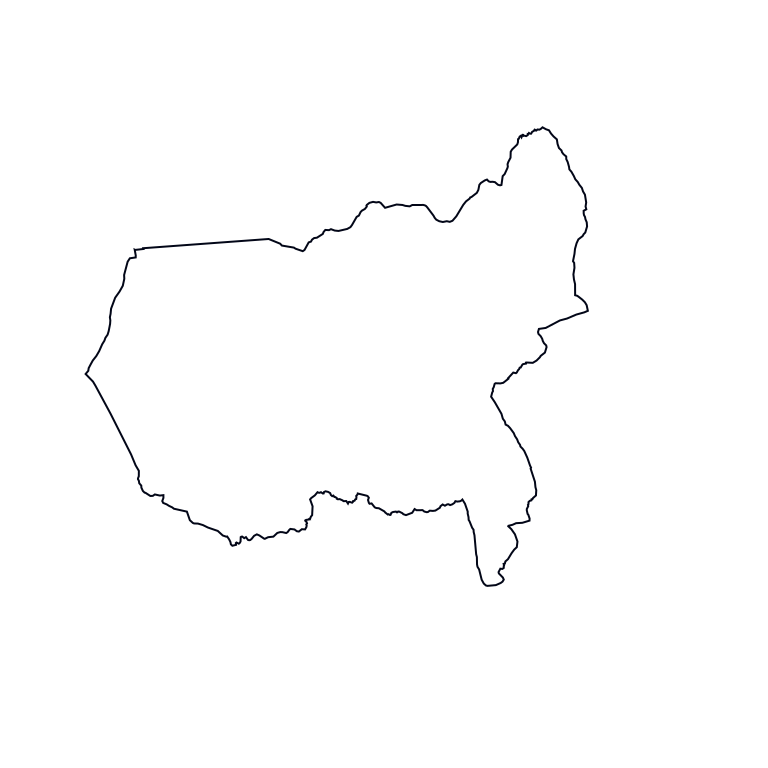 Njombe Urban, Njombe, United Republic of Tanzania, rotated 154°
{"feature_id": "72390352B92677179016540", "entity_name": "Njombe Urban", "entity_type": "district", "adm_level": 2, "iso_a3": "TZA", "parent_name": "United Republic of Tanzania", "parent_adm1": "Njombe", "projection": "equal_earth", "projection_center": [34.794, -9.468], "detail": "fine", "context": "isolated", "style": "outline", "palette": "ink", "viewbox_px": 768, "rotation_deg": 154, "n_neighbors": 0, "source": "geoboundaries", "source_scale": "gbopen_adm2", "svg_char_len": 6154}
<svg xmlns="http://www.w3.org/2000/svg" viewBox="0 0 768 768"><g transform="rotate(154 384 384)"><path d="M549.2,614.0L550.8,608.3L551.7,606.6L557.3,608.4L560.8,606.3L569.8,595.9L571.3,592.4L575.7,586.8L581.2,583.0L587.8,579.4L596.3,571.3L599.0,566.9L601.1,564.2L602.1,561.1L603.9,558.0L608.3,552.2L610.8,549.5L614.2,547.6L616.3,545.5L619.8,543.3L625.6,538.4L630.4,535.2L635.4,532.8L639.1,530.2L642.5,527.7L644.0,525.5L647.8,523.8L644.5,513.7L644.1,508.9L642.8,477.0L642.2,431.5L642.9,419.8L642.4,413.4L644.8,408.6L646.5,407.0L646.9,406.2L646.7,404.7L647.5,402.0L646.7,399.1L647.5,397.2L647.6,393.6L646.8,391.3L646.1,390.8L643.1,385.8L640.8,384.8L638.4,385.2L634.4,382.0L631.0,380.8L632.2,378.3L634.6,376.0L634.6,373.9L632.1,371.1L630.7,368.8L628.4,365.9L627.5,364.0L617.1,355.7L618.2,346.7L616.7,342.9L615.8,341.9L612.4,340.1L608.6,336.6L605.2,332.2L597.8,324.8L595.3,318.5L592.7,315.9L591.8,315.7L591.3,312.3L591.3,309.3L591.9,307.0L591.2,305.1L587.5,304.3L586.9,306.0L586.1,306.2L584.5,304.1L583.3,304.4L582.0,305.3L579.9,309.2L579.2,309.3L578.3,309.0L577.2,306.7L575.2,306.9L574.6,303.5L573.7,302.7L572.6,302.4L570.9,302.8L567.3,304.5L564.2,304.6L562.4,302.5L559.5,297.5L559.0,297.1L555.3,297.1L550.3,295.3L545.2,296.9L542.2,296.4L540.3,295.4L537.2,292.9L535.6,293.1L533.1,294.4L531.7,294.8L528.2,292.5L526.9,289.9L525.2,288.7L521.5,289.5L518.7,287.9L516.5,289.4L515.6,290.6L515.4,291.9L514.3,292.4L514.1,293.9L514.7,295.4L514.6,295.9L513.6,296.0L510.1,294.9L510.1,295.6L509.0,295.7L507.9,296.8L506.1,297.6L501.8,305.4L501.0,312.7L499.4,313.4L495.0,314.2L491.2,315.9L490.6,315.1L489.4,314.4L488.1,314.4L486.9,312.3L486.2,312.1L485.3,313.2L483.6,313.2L481.5,311.5L480.2,309.5L480.4,307.6L479.7,305.9L478.4,305.9L478.1,304.2L477.2,303.6L476.4,302.0L476.7,301.5L476.0,300.6L474.3,300.0L472.2,297.5L471.8,296.5L469.2,295.3L468.8,292.3L467.4,293.4L466.5,293.1L464.7,291.3L463.7,291.6L463.2,292.3L461.7,292.0L460.4,292.9L459.4,292.8L458.3,294.5L458.1,295.5L456.1,296.4L455.6,297.1L448.4,291.1L447.8,290.3L447.5,288.4L449.2,286.8L449.7,283.8L449.5,282.7L447.5,282.1L446.4,277.2L445.3,275.9L443.1,274.6L439.5,269.3L439.3,268.1L437.8,265.0L437.0,265.0L436.1,263.7L435.5,263.5L433.8,265.0L432.0,265.0L429.2,264.1L428.8,263.1L428.1,262.8L427.2,263.2L426.3,262.7L424.1,259.8L423.7,258.5L421.7,256.5L415.1,255.9L411.3,258.2L410.1,256.3L404.6,253.7L403.7,251.7L401.7,250.0L400.6,249.7L398.4,250.1L395.7,248.5L393.3,247.7L388.0,248.3L386.8,249.4L384.1,250.0L382.6,247.9L379.9,248.1L378.7,247.6L377.7,246.2L375.4,245.9L372.8,246.3L371.2,247.4L369.7,246.2L367.2,245.3L365.6,245.3L364.2,245.8L363.7,240.9L364.7,232.6L365.6,230.8L366.4,227.3L367.5,224.7L367.3,223.1L367.8,216.2L367.4,213.8L368.3,211.6L369.0,208.4L375.8,190.6L376.4,187.7L379.5,181.0L380.1,178.7L379.8,175.6L382.0,165.3L381.8,160.9L380.7,158.2L379.5,157.2L371.6,154.2L366.4,154.0L364.1,154.4L362.1,155.7L362.0,157.9L363.8,163.4L363.5,164.7L360.4,167.0L358.7,165.9L357.0,166.2L356.2,167.9L355.7,168.1L355.3,169.9L354.1,169.6L352.7,171.3L349.4,172.2L343.5,176.0L339.5,178.1L336.2,179.1L333.1,183.9L332.2,191.5L333.2,197.8L334.7,201.7L334.3,202.0L330.2,201.1L326.3,201.0L320.5,198.6L313.1,197.4L312.1,199.3L311.6,203.3L311.9,204.2L311.0,208.0L310.4,209.1L307.9,211.0L307.6,212.3L306.8,212.7L305.9,214.5L304.2,215.1L302.6,214.8L301.9,215.7L301.1,215.4L300.0,216.2L296.3,217.2L293.7,221.8L293.1,224.9L291.2,230.0L289.3,243.7L288.5,244.3L288.5,246.6L287.5,255.0L287.3,262.3L287.8,265.1L288.8,268.0L288.4,269.6L288.9,272.8L288.6,275.9L289.1,279.7L288.9,283.0L290.0,289.1L290.9,292.1L292.5,294.2L291.8,297.4L292.4,300.7L291.5,305.7L292.4,319.1L293.3,325.6L290.5,328.9L289.2,329.8L288.4,331.9L286.8,333.0L284.5,335.6L283.5,335.8L279.1,333.5L276.3,332.8L269.9,334.2L270.0,334.8L262.8,337.6L260.7,335.9L259.7,336.1L257.4,337.7L256.1,338.1L254.9,339.2L253.9,338.9L251.2,340.7L250.3,340.9L247.4,340.1L247.0,341.0L246.6,340.9L241.0,337.8L236.6,338.2L232.2,339.7L230.8,340.6L225.6,341.7L221.7,345.9L221.3,347.6L222.3,350.5L222.4,353.1L222.0,355.3L222.2,358.3L223.2,361.3L222.8,363.2L220.6,365.6L214.1,363.5L198.0,364.0L190.8,362.6L180.7,362.1L172.6,360.6L168.7,360.4L167.3,366.0L167.6,369.4L168.8,372.9L170.7,376.8L171.6,378.5L173.3,380.0L168.5,390.0L167.4,394.8L165.7,399.5L161.9,404.9L160.0,409.5L160.3,411.5L155.8,417.4L153.1,421.7L149.2,426.1L145.9,428.8L140.6,429.9L138.9,431.1L136.7,431.9L132.4,436.6L130.9,440.5L130.7,443.8L130.1,446.0L130.2,448.1L129.7,449.9L128.6,452.2L125.6,452.3L125.0,455.2L122.7,458.5L120.4,466.1L120.7,469.8L120.2,473.5L121.1,477.5L121.3,480.6L122.3,484.1L122.2,487.8L122.5,492.5L123.3,495.6L122.5,498.1L121.6,503.0L121.6,506.2L120.5,508.6L121.9,511.7L122.4,514.2L122.1,516.1L123.3,519.4L122.8,523.6L121.4,528.1L123.1,532.2L124.1,535.9L124.5,539.7L126.7,541.9L129.0,545.2L131.4,544.5L132.9,544.5L134.5,545.5L136.0,545.0L136.9,545.6L136.5,545.9L137.1,546.6L138.4,545.8L140.3,545.7L142.0,544.5L143.1,545.0L143.7,546.1L145.1,545.3L145.3,545.5L145.7,544.7L147.6,544.5L149.3,545.9L149.7,545.9L149.7,546.9L150.2,547.2L152.2,545.5L152.2,547.1L153.6,546.9L155.4,545.3L156.2,545.3L157.6,542.6L159.2,540.9L166.2,538.6L168.3,537.2L171.1,531.9L174.9,529.1L176.6,527.4L177.4,525.1L178.5,523.9L183.5,519.8L186.2,518.8L191.2,511.4L192.6,511.7L194.2,513.1L195.8,516.8L197.8,518.2L199.8,519.0L201.1,520.3L201.8,522.6L204.2,522.8L208.9,522.2L211.0,521.2L214.1,517.1L216.8,515.1L223.5,513.7L224.7,513.9L225.8,513.1L230.2,512.2L234.2,510.3L245.5,503.0L250.9,500.7L253.8,500.9L256.2,502.8L260.1,503.8L263.0,506.1L265.0,508.8L265.6,511.2L265.7,513.6L267.7,523.9L268.2,525.6L269.0,526.7L270.2,527.7L280.2,532.5L283.0,532.4L286.8,534.8L288.9,536.8L294.0,539.8L305.8,541.9L307.6,548.3L308.8,549.8L311.4,550.6L314.0,552.5L317.7,553.2L320.9,552.5L321.6,552.0L321.6,551.2L322.1,550.8L324.5,549.7L327.8,549.5L329.7,548.8L332.7,546.4L335.3,546.2L343.1,540.9L345.4,539.7L349.1,539.5L357.8,541.5L361.0,543.5L363.8,546.4L366.0,546.4L369.2,548.2L371.7,547.1L373.2,545.7L380.2,544.9L382.8,545.8L385.4,545.3L387.2,544.0L389.6,544.3L396.7,539.3L398.8,539.0L404.2,544.4L405.2,546.1L415.1,553.2L415.8,555.6L424.1,564.9L540.9,611.6L541.0,610.8L548.9,613.6L549.2,614.0Z" fill="none" stroke="#020617" stroke-width="2"/></g></svg>